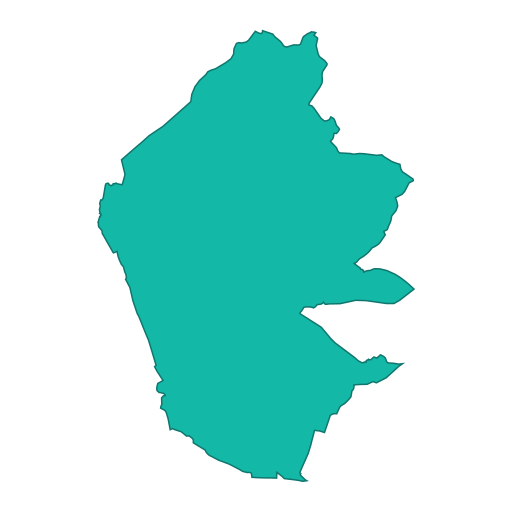 Ticvaniu Mare, Caras-Severin, Romania
{"feature_id": "2599482B6579395870045", "entity_name": "Ticvaniu Mare", "entity_type": "district", "adm_level": 2, "iso_a3": "ROU", "parent_name": "Romania", "parent_adm1": "Caras-Severin", "projection": "natural_earth1", "projection_center": [21.657, 45.172], "detail": "fine", "context": "isolated", "style": "filled", "palette": "teal", "viewbox_px": 512, "rotation_deg": 0, "n_neighbors": 0, "source": "geoboundaries", "source_scale": "gbopen_adm2", "svg_char_len": 5564}
<svg xmlns="http://www.w3.org/2000/svg" viewBox="0 0 512 512"><path d="M402.5,363.7L398.7,364.1L396.3,363.7L393.9,363.3L391.4,363.1L388.9,363.1L386.9,362.1L385.3,358.0L383.9,356.6L380.5,354.8L376.9,358.0L373.8,357.0L370.8,359.7L370.3,359.8L369.1,359.7L368.8,359.4L368.5,359.2L368.2,359.5L368.2,360.0L366.8,360.2L366.1,361.0L365.9,361.5L366.1,362.0L365.8,362.2L365.4,362.2L364.9,362.1L364.4,362.0L364.2,362.5L361.7,362.7L358.0,360.6L354.7,357.6L335.2,343.0L333.6,341.4L330.5,338.3L327.2,334.3L326.1,333.0L321.2,327.2L311.3,320.9L301.3,314.5L299.9,313.4L300.5,312.1L301.5,311.1L302.8,309.1L303.7,307.4L305.8,306.9L309.4,306.9L312.0,307.3L313.6,307.9L315.4,306.7L316.4,305.6L317.3,304.6L318.9,304.4L320.4,304.3L322.4,303.5L323.4,302.1L325.2,304.3L326.9,304.2L329.1,303.9L340.0,303.7L355.7,300.3L365.9,300.6L386.4,303.5L394.0,303.5L399.8,300.2L414.0,289.1L410.9,286.2L407.7,283.3L404.3,280.6L400.9,278.0L395.3,274.4L386.7,270.5L379.9,268.9L374.7,268.7L373.1,269.2L371.8,269.7L370.1,270.5L368.0,270.6L365.8,271.1L364.0,272.2L363.7,271.3L363.5,270.7L362.8,270.5L362.7,269.7L361.7,269.3L360.6,269.3L360.2,268.0L357.0,265.7L354.2,263.5L355.7,262.7L357.0,261.7L358.2,260.1L359.9,258.5L363.4,256.4L366.5,254.0L367.5,253.1L368.5,252.2L370.3,250.2L371.9,248.0L374.7,246.6L376.5,245.5L378.8,243.9L380.2,242.3L382.6,238.7L385.3,234.8L385.2,234.5L384.6,233.7L384.4,232.9L383.9,232.0L384.1,231.1L385.4,230.7L386.4,230.1L387.3,229.5L388.2,227.0L389.1,224.8L390.1,222.8L390.6,221.4L391.0,220.1L391.2,218.7L391.5,217.4L391.6,216.1L396.0,210.6L397.7,206.1L397.4,204.0L396.9,201.8L396.2,199.7L395.4,197.7L402.2,194.2L404.8,191.2L409.1,182.9L413.3,180.7L413.0,179.0L402.3,171.7L400.8,168.9L399.9,164.3L397.8,163.7L395.7,163.0L393.6,162.2L391.6,161.4L384.3,156.9L381.8,154.8L376.6,155.3L363.7,153.7L359.4,153.5L353.5,154.2L350.4,153.5L339.5,152.9L337.9,151.2L336.5,147.8L330.5,141.4L332.8,138.7L333.3,137.4L333.6,136.0L333.8,134.7L334.0,133.3L336.4,133.5L337.3,132.5L338.2,131.5L338.9,130.4L339.5,129.2L339.0,128.4L338.4,127.5L337.7,126.8L337.0,126.1L336.0,124.3L335.6,122.8L335.1,121.4L334.5,119.9L333.7,118.6L330.9,116.9L329.3,119.6L328.2,120.2L327.1,120.6L325.8,120.9L324.6,121.0L324.4,121.0L321.0,118.3L314.0,108.2L312.0,106.0L308.9,104.9L309.1,103.2L319.9,87.1L321.9,83.3L322.4,80.2L322.0,75.1L322.6,71.6L327.0,64.9L327.0,63.5L324.6,60.6L319.4,56.6L318.1,53.8L316.1,45.4L316.6,43.2L317.6,38.5L317.6,38.1L316.7,37.3L315.6,36.5L313.9,35.4L315.8,32.7L314.8,32.4L314.1,32.1L313.7,32.1L312.8,32.1L311.2,31.8L310.9,32.1L310.6,32.5L307.7,33.6L303.8,36.4L302.9,37.6L300.5,44.1L300.4,44.2L299.9,44.5L299.4,44.7L298.8,44.9L298.3,45.0L298.0,45.0L293.7,44.9L287.2,46.9L285.1,46.7L283.6,45.8L281.6,42.8L280.0,41.0L275.7,37.5L274.8,36.8L272.8,34.1L262.6,30.7L262.6,31.5L262.3,32.3L261.9,33.0L261.3,33.6L259.0,33.2L255.3,31.3L248.7,40.1L246.5,41.9L241.9,43.0L238.6,42.7L236.5,43.4L234.0,48.7L233.6,54.1L231.0,58.7L225.7,62.7L215.4,68.8L210.7,70.3L207.8,71.8L205.8,74.7L199.7,80.3L195.0,86.6L191.8,94.4L190.8,101.7L162.8,126.5L158.4,129.4L149.1,135.7L148.3,136.4L140.9,143.1L140.2,143.6L134.0,148.9L121.5,159.8L125.0,174.4L124.4,176.8L122.2,184.7L117.6,183.9L117.0,183.6L116.2,183.1L115.6,183.3L114.9,183.6L114.6,183.6L114.6,183.8L113.2,183.7L113.0,184.8L112.1,185.1L111.1,185.7L108.9,184.6L108.7,183.6L108.1,183.2L106.1,183.6L105.5,184.8L105.2,186.3L103.8,194.5L103.1,198.5L101.9,199.7L101.9,200.0L100.7,200.0L100.0,202.5L99.7,203.4L100.0,205.0L100.4,205.8L99.4,209.5L100.0,212.7L99.6,213.5L100.9,214.1L100.7,215.2L101.0,215.3L100.2,216.8L99.7,216.6L98.3,221.4L98.0,222.6L98.4,223.0L98.4,225.1L98.8,226.9L101.6,230.2L101.9,230.7L102.0,230.9L102.2,233.1L102.2,233.3L113.0,252.3L113.4,252.9L117.0,251.4L117.1,251.9L118.0,256.0L118.3,257.0L119.0,259.0L119.9,261.2L120.8,262.9L121.1,264.0L123.5,266.9L124.3,270.2L124.9,272.2L125.9,274.3L126.4,277.6L126.0,278.6L125.9,279.0L125.6,279.3L129.9,287.5L132.9,300.7L136.4,311.1L137.6,314.4L138.3,315.3L140.2,319.8L145.3,332.5L148.6,340.4L152.0,351.6L156.1,365.3L154.6,366.6L155.7,368.7L156.9,371.0L157.5,372.0L157.7,372.3L163.0,380.4L161.6,381.3L158.8,382.9L157.8,383.4L157.2,385.6L156.7,388.3L157.1,390.7L159.1,392.5L160.7,392.7L161.2,392.8L161.8,392.9L163.6,393.4L165.0,394.6L165.1,395.7L163.4,395.8L161.6,397.8L161.6,399.1L161.8,403.1L161.9,403.7L161.8,404.6L161.0,406.1L160.6,408.1L164.9,410.4L166.3,412.6L167.0,415.0L168.1,418.7L170.2,429.7L172.6,428.6L174.7,429.6L176.8,430.3L178.9,431.0L181.0,431.6L186.6,436.1L188.9,435.8L191.9,438.0L193.3,439.7L193.3,442.8L205.2,450.1L205.6,451.0L206.0,451.8L206.5,452.6L207.1,453.3L207.8,454.0L208.5,454.7L209.3,455.3L210.2,455.8L218.9,460.3L228.4,463.8L228.8,464.0L232.3,465.7L235.7,467.5L239.2,469.3L242.5,471.3L244.1,471.8L245.7,472.1L246.9,472.5L249.6,472.4L251.1,472.9L251.4,473.9L251.7,475.0L251.8,476.2L251.9,477.3L256.6,477.6L261.4,477.8L266.2,477.9L271.0,477.9L273.0,478.0L276.6,478.1L276.9,472.4L281.9,476.2L284.3,478.6L293.0,479.6L298.7,480.4L302.8,481.3L306.7,480.7L305.6,480.1L305.0,479.5L304.4,479.0L300.2,474.9L300.8,473.7L299.8,472.7L301.7,468.1L308.1,453.7L308.3,453.1L310.8,445.0L311.6,441.6L312.3,439.0L314.6,430.3L317.2,430.7L319.3,430.9L324.5,432.5L330.3,415.4L332.3,414.1L333.4,413.9L334.4,413.7L335.5,413.7L336.7,413.8L339.0,408.7L339.7,407.1L341.2,405.6L344.6,403.6L346.3,402.0L347.9,400.4L349.4,398.7L350.9,396.9L351.9,391.2L353.5,388.9L353.8,387.9L353.9,387.2L354.0,386.4L354.0,385.7L353.9,384.9L357.7,384.6L361.5,384.4L361.8,384.4L362.1,384.4L362.4,384.4L367.1,384.3L373.0,381.6L376.4,382.8L386.2,377.8L398.7,366.4L402.5,363.7Z" fill="#14b8a6" stroke="#0f766e" stroke-width="1.5"/></svg>